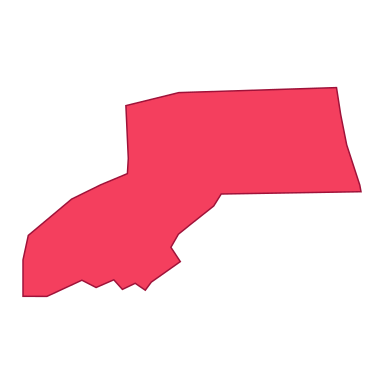 the district of Bosso, Diffa, Niger
{"feature_id": "23599985B85188331861732", "entity_name": "Bosso", "entity_type": "district", "adm_level": 2, "iso_a3": "NER", "parent_name": "Niger", "parent_adm1": "Diffa", "projection": "mercator", "projection_center": [13.21, 13.719], "detail": "fine", "context": "isolated", "style": "filled", "palette": "rose", "viewbox_px": 384, "rotation_deg": 0, "n_neighbors": 0, "source": "geoboundaries", "source_scale": "gbopen_adm2", "svg_char_len": 471}
<svg xmlns="http://www.w3.org/2000/svg" viewBox="0 0 384 384"><path d="M125.9,105.6L128.3,158.5L127.4,173.6L100.9,184.7L71.6,199.1L28.3,235.4L23.0,259.9L23.0,296.3L46.9,296.4L81.9,280.2L96.1,287.5L113.8,279.8L122.4,289.4L135.2,283.3L145.3,290.2L151.3,282.1L180.3,261.6L170.9,247.3L178.4,234.2L190.4,224.5L213.7,206.0L221.2,194.0L361.0,191.7L359.8,185.1L346.7,144.9L340.7,114.7L336.5,87.6L178.8,92.6L125.9,105.6Z" fill="#f43f5e" stroke="#9f1239" stroke-width="1.5"/></svg>